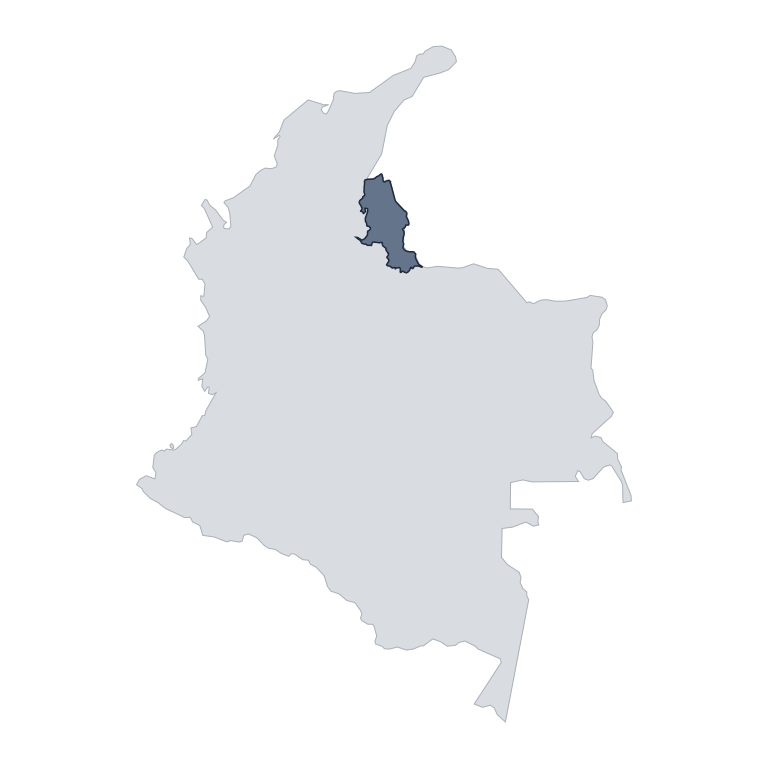 where Norte de Santander sits in Colombia
{"feature_id": "COL-1421", "entity_name": "Norte de Santander", "entity_type": "Department", "adm_level": 1, "iso_a3": "COL", "parent_name": "Colombia", "parent_adm1": "", "projection": "orthographic", "projection_center": [-72.935, 8.085], "detail": "fine", "context": "in_parent", "style": "filled", "palette": "slate", "viewbox_px": 768, "rotation_deg": 0, "n_neighbors": 0, "source": "natural_earth", "source_scale": "10m", "svg_char_len": 8319}
<svg xmlns="http://www.w3.org/2000/svg" viewBox="0 0 768 768"><path d="M449.1,69.3L440.5,72.9L423.7,77.3L412.1,96.5L404.2,99.8L394.4,111.2L387.3,125.3L381.7,153.9L367.2,178.2L368.4,179.2L374.2,178.2L379.6,175.5L381.6,176.3L383.6,180.6L390.2,181.6L395.5,201.3L405.5,211.3L406.6,215.2L407.9,223.3L404.4,228.3L403.3,246.3L406.5,250.7L414.1,252.6L419.1,263.7L422.2,266.3L426.8,268.0L437.8,266.3L457.8,268.1L462.4,267.7L473.6,263.8L487.8,268.5L498.2,269.2L526.9,302.8L529.7,301.8L533.3,303.8L540.5,300.2L546.7,299.6L554.8,301.2L565.5,301.1L587.0,297.4L590.2,295.4L602.0,297.2L605.5,299.7L607.3,305.9L606.0,309.9L601.9,313.9L599.7,318.9L599.3,325.1L597.2,329.6L593.4,332.6L592.0,336.9L592.9,342.5L591.0,368.1L592.7,370.1L594.0,380.6L599.0,394.1L601.4,398.0L605.7,401.1L613.3,412.2L611.6,416.0L592.2,433.7L591.2,437.8L595.0,436.1L601.0,437.6L603.1,441.8L617.6,453.8L617.5,458.5L621.6,467.5L620.9,469.6L631.0,495.5L631.4,500.9L623.0,502.6L622.6,485.2L621.4,481.6L611.9,466.2L610.0,465.0L603.7,466.9L593.2,478.5L588.3,480.2L584.3,478.7L580.3,471.9L577.8,470.7L575.3,476.4L578.5,481.5L532.0,481.9L522.9,479.9L510.5,482.6L510.3,508.9L532.4,509.1L538.4,516.6L537.9,522.7L538.8,524.9L533.5,526.2L525.8,522.1L512.2,527.2L502.1,528.5L501.5,557.5L507.5,564.6L519.2,572.3L521.0,577.5L520.1,582.5L522.9,588.7L526.8,592.0L526.8,595.7L528.7,599.8L505.4,721.9L497.2,714.6L494.3,707.9L490.3,705.2L482.5,707.3L474.2,704.0L501.2,662.6L500.3,658.9L477.8,648.9L475.5,646.3L464.8,641.0L458.9,642.5L455.5,645.3L447.3,646.2L440.7,641.8L432.8,638.9L423.4,645.9L420.5,645.9L413.8,648.9L406.6,650.1L397.2,647.0L389.7,649.1L384.4,648.7L382.4,646.5L375.7,644.0L374.9,641.2L376.8,636.1L373.9,626.0L372.8,624.3L367.7,624.2L361.7,620.5L360.5,618.3L361.8,614.2L360.7,610.7L354.9,602.6L346.7,600.5L338.9,593.7L331.1,591.3L327.5,586.5L324.1,575.6L316.0,567.1L310.3,564.2L308.4,560.2L302.6,559.7L294.7,554.1L291.2,553.7L288.8,556.3L281.4,553.5L275.2,549.4L268.7,548.3L264.5,545.7L256.8,537.8L248.6,533.9L243.8,535.3L242.2,541.1L239.4,542.1L229.9,540.5L228.3,541.8L225.8,541.5L214.2,537.0L202.7,535.3L199.8,525.5L192.5,521.9L190.3,517.2L185.1,517.7L165.5,508.5L157.5,502.2L150.6,498.7L143.3,491.6L142.2,488.8L136.6,484.7L139.4,479.5L146.1,475.7L154.9,478.9L156.0,472.8L152.8,467.4L154.3,455.2L156.7,452.5L161.5,450.1L164.5,451.1L166.4,449.1L173.5,450.1L175.7,449.3L181.2,444.5L183.5,440.6L186.0,441.0L191.8,434.5L190.9,427.9L196.4,426.5L202.2,415.8L204.7,415.5L206.0,410.4L216.1,392.7L212.5,394.7L208.5,393.4L209.2,387.4L208.0,386.7L204.7,391.3L201.9,386.5L202.7,378.9L198.2,380.3L198.4,378.5L205.0,372.8L207.8,359.6L205.7,354.9L204.5,335.1L203.3,331.3L198.0,326.3L206.5,320.8L209.6,316.5L205.8,307.7L200.8,300.3L200.7,295.8L203.8,296.3L205.0,284.0L202.3,279.3L198.7,279.2L187.7,260.9L183.8,257.1L186.8,248.4L190.3,244.6L189.6,238.0L191.9,238.4L196.6,244.5L198.6,243.5L206.2,237.9L206.5,232.6L212.6,227.1L204.3,208.5L201.4,205.5L204.9,199.6L206.9,199.9L210.2,205.8L215.4,209.7L223.1,220.1L226.5,222.4L224.0,224.7L223.5,227.2L224.6,228.6L229.1,228.9L230.9,226.1L229.8,213.5L228.0,207.2L223.9,202.7L225.2,200.8L233.3,197.8L250.0,186.0L255.8,174.7L260.2,170.7L265.1,168.1L271.1,168.7L275.8,167.3L277.3,163.8L274.2,155.9L277.8,145.2L277.8,139.8L280.1,136.6L279.3,135.3L273.3,139.1L279.5,131.6L283.9,120.1L308.2,99.9L323.8,104.8L328.7,104.6L322.2,107.1L321.3,110.0L323.5,113.1L325.9,114.0L327.9,112.0L333.2,100.1L334.0,93.6L336.3,91.4L339.6,90.6L354.9,93.4L369.5,92.5L393.1,75.5L411.0,68.3L415.3,61.3L416.5,56.1L419.7,54.0L423.1,54.0L425.1,51.1L433.3,46.6L442.0,46.1L451.3,50.0L455.6,56.9L456.4,61.7L449.1,69.3ZM173.8,447.9L172.7,448.8L170.6,447.2L169.9,445.2L171.2,443.7L172.8,444.2L173.8,447.9Z" fill="#d9dde1" stroke="#a8b0b8" stroke-width="1"/><path d="M381.6,174.0L381.9,174.3L382.4,175.8L382.3,176.0L382.2,176.3L382.2,176.5L382.3,176.7L382.7,177.1L382.8,177.2L383.0,178.2L382.9,180.0L383.1,180.8L383.8,181.8L384.6,182.0L385.4,181.7L386.8,180.8L387.1,180.6L387.6,180.5L388.0,180.5L388.4,180.6L388.7,180.6L389.0,180.3L389.7,181.0L390.4,181.4L390.6,181.9L390.1,182.8L390.7,183.6L390.9,184.4L391.4,186.2L391.9,188.0L392.3,189.7L392.8,191.5L393.3,193.3L393.7,195.1L394.2,196.9L394.7,198.7L395.1,200.3L395.9,201.7L396.6,202.5L397.4,203.3L398.2,204.2L399.0,205.1L399.8,205.9L400.6,206.8L401.4,207.6L402.2,208.5L403.0,209.4L403.9,210.4L404.4,210.8L404.8,211.0L405.2,211.1L405.6,211.3L406.1,211.8L406.5,212.4L406.8,213.1L406.9,213.7L406.8,214.4L406.4,215.7L406.4,216.4L406.6,217.3L408.0,219.8L408.8,222.6L408.9,224.2L408.3,225.1L407.6,225.1L406.7,225.0L405.9,225.1L405.5,225.8L405.4,226.6L405.0,227.3L404.5,227.8L403.9,228.3L403.5,228.5L403.1,228.7L402.7,229.0L402.6,229.4L402.7,229.8L403.6,230.8L403.9,231.2L404.0,231.9L404.2,233.7L404.1,234.4L403.3,236.9L402.9,241.2L403.0,242.0L403.6,243.6L403.7,244.4L403.5,245.3L403.2,246.1L402.9,247.0L403.1,247.9L404.2,249.7L405.7,250.8L406.4,251.1L407.4,251.4L409.4,251.8L412.8,251.7L414.1,252.1L415.5,253.9L415.7,254.0L415.8,254.2L415.4,255.9L415.4,256.3L415.5,257.5L415.8,258.7L416.3,259.8L418.5,264.1L419.2,264.9L419.7,265.2L420.8,265.7L421.3,266.1L422.3,266.9L422.7,267.1L421.1,267.1L420.3,266.7L419.6,266.4L418.4,266.1L415.1,266.0L414.3,266.3L414.0,266.6L413.9,266.9L413.8,267.2L413.7,267.6L413.4,267.9L413.1,268.3L412.7,268.5L412.3,268.6L412.0,268.4L411.8,267.7L410.8,267.4L410.1,268.9L409.7,270.0L409.3,270.6L408.8,271.2L407.7,272.2L407.0,272.6L406.2,272.8L405.4,272.6L403.0,271.4L402.0,271.2L401.7,271.7L401.6,271.9L401.3,272.2L401.1,272.3L400.4,272.4L400.2,271.3L400.3,270.1L400.3,269.4L400.1,268.5L400.0,268.0L399.8,267.7L399.5,267.6L399.2,267.6L398.9,267.6L398.6,267.6L398.2,267.8L397.0,268.0L396.6,268.0L396.3,267.9L396.1,267.9L395.9,267.9L395.8,268.1L395.7,268.5L395.3,268.8L395.2,268.6L395.1,268.0L394.9,267.6L394.6,267.5L394.3,267.5L394.0,267.6L393.5,267.6L393.3,267.6L393.0,267.8L392.3,268.1L391.3,267.2L390.8,266.9L390.4,266.4L390.0,266.3L389.0,266.0L388.1,265.9L387.0,265.4L386.9,265.3L386.6,264.7L388.1,262.3L388.6,261.6L388.9,261.1L388.8,260.9L388.7,260.6L388.7,260.4L388.7,259.7L388.7,259.4L388.6,259.2L388.2,259.0L387.9,258.8L387.8,258.6L387.5,258.2L387.3,258.0L386.8,257.2L388.3,255.4L388.4,253.1L387.8,252.9L387.8,252.5L387.3,252.0L386.1,250.2L385.9,249.4L386.0,248.9L385.9,248.3L383.0,246.0L382.6,245.4L382.4,244.8L382.2,243.5L382.2,243.2L382.3,242.7L380.9,242.3L380.1,242.6L379.7,242.9L379.1,242.7L378.8,242.7L378.3,242.7L378.1,242.6L377.7,242.5L377.3,242.4L376.4,242.4L375.1,242.2L374.3,242.3L374.1,242.2L373.9,242.1L373.7,242.1L373.2,242.0L372.9,242.1L372.6,242.4L372.0,243.3L371.6,245.2L371.4,245.5L370.7,245.4L369.5,245.3L368.2,245.4L367.4,245.3L367.0,245.1L366.8,244.7L366.1,244.3L363.9,244.0L363.1,243.8L362.5,243.5L361.9,243.2L361.6,242.9L361.2,242.2L361.1,241.9L361.1,241.7L360.9,241.5L360.0,240.3L359.0,239.5L358.0,239.0L357.6,238.7L357.3,238.4L356.7,237.7L356.1,237.3L356.3,237.3L357.8,237.6L358.2,237.7L358.5,238.0L359.0,238.5L359.3,238.8L359.7,238.9L360.1,239.0L360.4,239.1L361.1,239.8L361.6,240.0L361.9,240.0L362.4,239.9L363.7,239.3L364.5,238.8L365.1,238.2L365.5,237.6L366.0,237.2L366.3,236.5L367.2,235.4L367.4,235.0L367.5,234.6L367.6,233.8L367.5,232.3L367.6,231.6L367.8,231.1L368.1,230.9L368.9,230.6L369.4,230.2L369.7,229.8L370.2,229.1L370.4,228.5L370.4,228.0L370.4,227.7L370.1,227.4L369.6,227.2L369.1,226.4L367.3,226.2L366.8,225.7L366.7,225.1L366.7,224.1L366.6,223.7L366.6,223.4L366.0,222.0L365.5,221.7L365.3,218.5L365.5,217.6L365.8,216.8L366.2,216.0L366.5,214.7L367.2,213.3L367.7,210.8L367.6,209.0L367.3,208.7L366.9,208.4L366.0,208.3L365.4,208.2L365.0,208.3L364.9,208.6L365.0,209.4L365.3,209.9L365.3,210.1L365.6,211.6L364.4,212.6L364.2,212.9L363.8,213.5L363.6,213.6L363.3,213.5L363.2,213.3L363.1,212.3L362.4,211.9L362.2,211.7L361.9,211.5L361.6,211.4L361.0,211.4L360.7,211.3L360.6,211.1L360.7,210.9L361.7,209.7L362.1,208.0L361.9,207.5L361.6,207.4L360.8,205.5L359.7,203.9L359.3,202.9L359.3,202.5L359.3,202.0L359.4,201.5L359.6,201.0L359.9,200.5L360.2,200.2L360.8,199.6L362.3,198.5L362.7,198.1L362.8,197.8L362.8,197.5L362.7,197.1L362.8,196.8L363.0,196.6L364.0,195.9L364.6,195.4L364.8,195.0L364.8,194.5L364.5,193.6L363.9,191.6L364.2,190.4L364.2,190.1L364.1,188.5L364.6,182.9L364.4,181.3L365.2,179.9L365.6,179.8L367.3,179.3L371.8,179.2L373.4,179.0L374.9,178.3L376.3,177.0L377.0,176.5L378.0,176.2L378.9,175.7L380.7,174.1L381.6,174.0Z" fill="#64748b" stroke="#1e293b" stroke-width="1.5"/></svg>